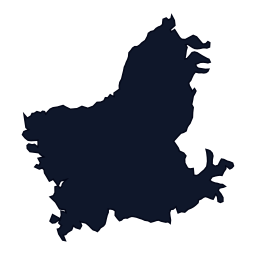 Três de Maio, Rio Grande do Sul, Brazil
{"feature_id": "56859067B28717369395740", "entity_name": "Três de Maio", "entity_type": "district", "adm_level": 2, "iso_a3": "BRA", "parent_name": "Brazil", "parent_adm1": "Rio Grande do Sul", "projection": "equal_earth", "projection_center": [-54.244, -27.716], "detail": "fine", "context": "isolated", "style": "filled", "palette": "ink", "viewbox_px": 256, "rotation_deg": 0, "n_neighbors": 0, "source": "geoboundaries", "source_scale": "gbopen_adm2", "svg_char_len": 4135}
<svg xmlns="http://www.w3.org/2000/svg" viewBox="0 0 256 256"><path d="M222.0,175.4L223.7,171.8L225.8,168.8L225.7,166.1L227.6,167.0L229.8,168.9L231.9,167.8L233.5,165.9L232.6,163.1L229.8,161.9L227.2,161.2L223.8,159.5L221.5,159.1L219.9,162.0L218.2,165.4L214.9,166.3L212.1,164.2L212.2,159.6L212.9,156.0L212.1,153.1L210.1,150.9L208.3,150.1L206.1,149.5L206.8,152.2L207.4,157.2L207.6,161.3L207.2,164.1L206.8,166.6L204.3,169.9L201.2,172.5L198.8,174.7L196.7,175.6L193.8,175.2L193.2,168.5L190.0,169.0L187.6,168.2L184.8,163.0L184.6,158.9L185.9,155.9L183.7,153.1L181.6,152.1L179.4,151.1L178.2,148.0L176.4,145.3L173.5,141.1L175.5,139.0L177.8,136.4L180.8,133.2L183.6,132.3L186.1,130.9L187.1,127.5L188.3,125.4L190.0,123.2L191.1,120.5L192.4,117.4L192.6,112.4L193.2,107.4L191.6,104.5L192.4,100.8L193.2,96.2L194.8,93.4L195.9,91.0L194.5,88.6L192.1,91.3L191.0,88.7L189.3,85.7L188.6,82.8L190.7,80.3L192.0,77.3L193.4,74.4L195.4,71.9L198.9,72.7L201.6,72.6L203.8,72.9L206.0,72.5L207.8,71.3L208.8,69.2L205.4,69.4L201.6,68.8L198.3,68.3L196.3,66.7L195.6,64.2L197.5,63.5L200.3,62.3L203.3,62.1L205.9,62.4L207.9,62.8L210.2,62.1L208.9,59.3L206.9,58.5L204.9,57.4L202.5,56.1L200.2,54.7L197.2,52.8L194.5,52.0L192.1,52.6L189.9,55.4L187.0,58.7L184.8,58.9L185.6,54.8L186.2,50.2L187.1,47.4L185.6,44.8L187.7,44.2L190.0,45.7L192.6,47.4L194.7,48.4L197.1,48.7L199.9,48.4L203.0,47.7L204.9,47.7L206.9,48.0L209.5,47.0L209.8,42.7L207.9,41.6L205.7,43.8L202.7,44.1L196.6,36.9L193.2,35.4L185.3,39.6L181.6,39.3L179.6,37.5L174.6,29.6L171.2,31.9L170.2,29.6L174.9,25.4L174.3,20.4L171.7,15.4L171.0,18.7L168.3,19.9L166.2,18.0L163.1,19.3L162.6,24.5L160.4,26.4L158.5,27.0L156.2,28.4L153.8,30.9L150.8,31.6L148.4,33.3L147.5,36.4L145.3,40.5L142.0,42.8L139.6,45.2L137.2,46.7L134.7,46.7L132.6,48.1L131.1,50.3L129.0,52.7L128.6,56.8L127.7,59.5L126.4,62.2L125.5,64.8L124.4,67.1L123.7,70.8L122.9,74.0L121.7,79.0L119.9,82.3L119.3,85.7L119.5,89.2L114.1,93.0L114.0,96.5L111.9,95.8L110.2,94.7L107.8,97.9L105.4,97.7L103.9,100.8L100.8,102.2L97.0,102.4L93.2,106.3L87.8,108.3L81.9,106.4L77.2,108.7L70.4,109.3L65.4,106.9L63.1,105.5L57.6,107.1L53.0,107.8L50.1,109.2L47.4,112.0L45.8,114.1L44.5,111.6L42.5,111.3L40.7,112.8L36.9,111.6L34.2,113.4L32.1,113.5L31.0,115.9L27.3,118.2L24.0,114.3L26.0,127.6L28.7,129.6L23.9,131.6L22.5,134.7L25.1,137.9L28.0,140.2L31.0,140.6L38.0,140.2L38.2,144.1L37.7,147.1L34.6,144.4L32.0,144.8L28.8,144.0L27.1,145.5L27.3,148.5L30.0,151.6L38.8,152.7L40.4,154.5L43.8,156.9L38.1,158.3L40.4,162.7L39.2,165.4L36.6,164.7L34.8,166.9L39.3,169.0L42.3,168.0L44.1,169.7L44.6,173.0L46.7,176.5L49.4,181.1L53.2,179.2L58.2,185.9L55.0,186.9L55.1,192.5L53.5,195.7L50.1,196.9L53.2,199.9L55.6,202.2L59.6,208.9L65.2,209.8L66.0,212.6L61.0,211.1L61.4,215.2L60.3,218.9L58.8,223.0L61.5,225.7L59.3,228.7L57.4,229.2L58.8,234.0L62.6,240.0L65.4,240.6L63.2,235.2L65.8,234.4L67.5,232.4L71.6,229.9L73.3,225.6L75.7,227.6L79.8,228.9L81.6,225.7L80.2,221.6L83.4,222.4L85.8,223.0L87.5,224.3L89.4,226.0L91.2,228.0L93.2,229.8L95.5,230.5L97.4,231.5L99.0,229.9L100.3,227.9L103.5,225.8L104.9,224.0L105.6,221.4L106.2,218.6L107.1,215.1L108.2,212.3L108.2,209.1L110.7,208.9L113.3,209.5L115.4,211.0L115.2,215.4L117.6,218.6L119.5,220.7L121.5,220.0L123.1,218.4L125.3,217.9L127.3,218.1L129.4,217.0L131.7,216.3L133.7,216.5L136.7,217.1L139.4,218.1L142.0,218.9L144.9,220.2L148.2,220.7L150.8,222.1L153.7,221.3L156.7,220.3L158.9,220.1L161.1,221.1L165.6,222.1L168.3,221.8L170.2,223.3L170.5,220.1L169.8,215.7L169.5,212.6L170.7,209.4L173.2,209.1L175.9,206.7L178.1,212.9L181.4,211.6L184.8,212.1L188.1,209.2L191.0,208.0L193.5,206.6L195.7,204.9L198.0,202.7L198.5,199.9L201.1,198.9L203.4,197.2L205.4,196.5L207.6,197.1L211.0,198.6L213.1,199.2L214.3,196.9L215.8,194.0L217.5,196.7L218.1,201.4L220.4,202.4L222.9,201.4L222.9,197.6L220.9,194.0L218.3,190.8L219.0,188.3L221.1,187.6L223.3,187.2L225.3,186.4L222.6,184.5L220.3,184.4L217.7,183.5L214.8,183.0L211.5,181.7L209.8,180.1L212.1,176.8L215.5,175.8L217.5,175.4L219.9,175.1L222.0,175.4ZM58.2,185.9L60.4,181.1L66.5,179.4L64.4,181.5L62.5,184.0L61.8,186.6L59.9,187.9L58.2,185.9ZM60.3,218.9L52.6,214.6L50.0,221.1L52.3,223.0L55.0,222.7L60.3,218.9Z" fill="#0f172a" stroke="#020617" stroke-width="1.5"/></svg>